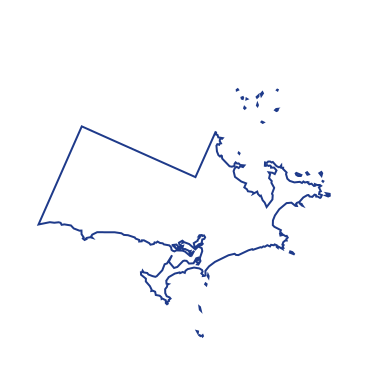 Lower Eyre Peninsula, South Australia, Australia (Mercator projection), rotated 294°
{"feature_id": "25037944B64122646541538", "entity_name": "Lower Eyre Peninsula", "entity_type": "district", "adm_level": 2, "iso_a3": "AUS", "parent_name": "Australia", "parent_adm1": "South Australia", "projection": "mercator", "projection_center": [135.614, -34.488], "detail": "fine", "context": "isolated", "style": "outline", "palette": "blue", "viewbox_px": 384, "rotation_deg": 294, "n_neighbors": 0, "source": "geoboundaries", "source_scale": "gbopen_adm2", "svg_char_len": 6124}
<svg xmlns="http://www.w3.org/2000/svg" viewBox="0 0 384 384"><g transform="rotate(294 192 192)"><path d="M99.9,65.0L106.6,74.4L107.9,78.7L110.1,82.5L110.4,84.5L109.0,86.2L110.5,88.6L112.2,95.0L110.6,98.8L110.9,104.9L111.8,106.7L108.5,108.3L106.5,111.5L105.1,111.2L104.5,113.4L105.9,114.6L106.2,114.0L107.3,114.6L109.3,117.4L109.6,119.7L110.4,117.9L112.5,118.2L116.7,121.7L123.8,137.9L125.6,144.4L125.1,147.2L126.5,151.1L127.2,158.2L126.5,159.4L126.7,163.3L125.3,163.9L126.5,166.1L127.5,165.9L128.3,167.7L127.9,173.8L127.0,175.5L129.0,178.3L130.7,178.3L131.1,179.9L132.7,180.7L132.4,183.5L133.2,186.1L132.7,187.6L134.0,193.0L133.0,195.4L130.9,196.8L130.5,198.1L130.6,200.1L132.3,201.4L134.6,207.3L134.7,209.9L132.8,216.4L133.6,217.5L139.1,217.9L135.5,216.4L135.6,215.5L134.2,216.0L134.9,214.9L137.5,214.7L136.5,213.5L137.0,213.2L137.1,208.8L136.1,207.1L137.3,205.9L139.1,205.7L137.8,204.3L135.7,204.8L133.2,202.3L133.8,201.5L135.1,202.1L134.0,200.0L134.8,197.9L135.1,199.4L135.1,196.6L135.8,196.0L137.7,199.2L136.7,201.1L136.9,203.4L138.8,203.5L139.2,201.6L140.4,200.7L143.6,203.0L143.4,203.9L141.7,204.0L143.0,205.4L143.3,210.6L140.9,218.4L148.8,221.4L147.0,219.5L143.1,217.7L143.5,216.3L146.0,214.4L149.8,217.0L150.9,216.7L153.3,217.5L155.3,217.4L153.6,217.2L154.5,216.9L154.1,216.2L155.5,216.4L156.7,218.5L156.0,219.3L157.2,220.6L156.0,222.4L154.2,222.3L152.8,220.7L149.9,221.4L149.0,222.9L147.3,222.3L146.9,221.0L144.7,220.9L144.6,223.8L142.2,225.4L134.7,226.1L132.1,227.8L128.3,227.3L128.0,226.2L130.5,227.0L129.6,225.9L130.0,224.3L133.0,224.6L132.5,225.4L133.4,226.3L134.3,224.9L135.3,225.3L133.2,222.9L127.5,222.4L125.4,218.4L126.9,215.1L126.2,212.9L125.3,211.9L117.6,209.1L115.3,206.5L118.9,199.2L126.1,199.5L116.5,198.2L114.9,196.4L108.4,196.7L100.7,194.0L99.6,193.0L99.1,190.1L98.9,185.7L99.8,184.1L98.9,180.6L100.0,178.9L98.5,179.1L97.9,178.0L95.7,179.1L94.1,185.1L91.5,186.2L88.9,191.8L86.4,194.8L85.0,195.1L85.9,196.5L85.9,198.9L83.2,200.8L84.1,204.7L83.4,206.8L82.0,207.7L82.6,208.1L82.4,212.1L79.8,213.3L79.3,214.8L80.2,215.3L81.6,214.1L83.1,215.3L83.9,214.7L85.9,215.7L86.6,214.3L86.5,211.3L88.7,208.7L92.3,207.0L95.2,207.7L97.2,207.2L98.3,208.0L97.9,206.0L100.5,204.6L104.8,205.4L110.5,209.5L113.5,213.4L113.0,214.1L115.2,216.1L115.2,218.3L117.4,218.1L119.8,219.4L123.8,224.6L125.2,229.9L124.8,232.9L123.5,234.1L121.4,233.7L120.6,236.1L119.7,236.2L120.5,237.6L121.4,238.3L125.4,236.3L131.0,237.8L137.5,241.4L149.1,251.1L152.9,256.1L152.4,257.7L153.2,260.0L161.8,267.4L164.3,270.3L164.0,271.2L169.4,277.0L169.6,278.2L171.3,279.3L171.6,280.8L174.0,282.4L174.0,285.4L175.9,285.7L176.6,288.4L177.7,288.8L177.8,291.0L176.3,291.7L175.9,293.1L177.3,292.6L176.8,297.8L177.4,297.2L178.1,298.2L178.8,297.1L180.7,297.3L180.7,296.0L183.3,295.8L185.5,296.8L186.2,298.2L187.2,297.3L189.3,298.0L190.4,296.4L189.7,295.7L190.0,292.8L188.2,290.5L189.7,289.4L190.7,290.6L191.4,288.8L193.3,288.7L193.7,281.4L194.6,279.3L199.0,277.5L204.3,277.3L211.7,278.7L220.3,282.9L222.7,287.2L221.4,292.1L221.9,293.5L223.5,291.9L224.7,292.2L226.6,294.1L232.3,295.9L236.0,298.6L236.6,299.7L235.7,301.2L236.5,303.9L239.4,305.0L239.7,306.3L238.3,307.4L239.0,308.5L238.7,311.4L239.4,311.9L242.0,311.9L241.8,308.9L244.0,308.4L245.1,309.4L247.9,306.0L250.1,307.4L250.4,306.0L249.3,303.5L249.2,301.2L247.9,302.0L247.1,301.0L248.2,297.8L246.8,296.0L247.4,294.4L248.2,294.4L248.1,293.4L246.6,291.2L246.9,289.5L245.0,288.8L245.1,286.3L242.4,281.6L241.9,276.7L242.9,273.7L246.6,270.6L248.3,270.5L250.1,265.8L251.2,265.4L250.4,263.8L252.6,262.7L250.5,262.2L249.9,261.1L250.1,258.5L252.3,253.6L251.4,252.8L251.6,250.9L250.8,249.2L249.1,248.6L248.7,246.7L245.6,247.9L245.9,248.9L247.2,249.4L246.9,251.2L247.9,252.5L247.5,253.8L246.4,254.3L247.7,257.0L246.1,260.4L242.1,260.3L242.3,257.7L241.2,254.1L239.9,256.1L236.0,256.8L234.4,260.4L232.7,260.8L229.2,265.4L222.9,265.8L222.0,267.0L217.9,268.5L208.6,266.3L211.9,262.7L213.2,259.9L216.7,256.4L215.9,255.8L217.0,253.1L218.9,251.4L215.5,248.8L216.3,248.9L216.5,246.6L215.4,242.8L216.8,241.1L217.5,237.9L221.9,237.9L221.6,232.8L223.3,225.1L228.0,221.5L231.2,221.4L233.2,222.6L232.9,224.9L235.2,225.7L235.5,228.4L237.6,229.0L236.3,225.1L237.1,223.0L236.3,221.6L236.8,219.8L235.1,219.4L233.1,220.2L231.3,218.1L230.8,215.8L234.8,206.0L237.1,204.6L237.2,203.8L235.8,203.2L236.4,201.2L239.2,198.3L244.2,195.5L246.0,195.7L246.2,197.6L247.3,197.5L248.2,198.7L249.8,196.6L251.1,196.2L252.6,196.4L252.8,197.8L253.7,198.1L252.6,193.8L254.5,192.1L254.3,190.7L256.2,189.8L256.2,189.1L207.0,189.1L207.1,64.6L99.9,65.0ZM249.8,282.4L250.9,284.9L252.0,285.0L251.9,279.6L251.1,279.2L250.0,280.4L249.8,282.4ZM243.2,315.6L243.3,318.2L244.6,319.4L246.3,318.5L245.5,315.3L244.6,317.2L243.2,315.6ZM259.4,303.7L262.1,303.3L262.9,302.0L261.0,300.7L259.4,303.7ZM176.4,306.0L176.6,311.1L177.9,308.2L177.7,305.9L176.4,306.0ZM308.1,216.2L311.0,216.7L311.8,215.7L309.6,215.0L308.1,216.2ZM256.0,288.5L254.7,290.4L255.7,291.6L256.9,289.1L256.0,288.5ZM302.8,236.4L302.1,235.2L300.6,234.6L300.3,236.2L301.0,236.9L301.7,237.0L301.6,235.9L302.8,236.4ZM87.2,248.3L90.1,246.1L90.3,245.4L87.7,247.0L87.2,248.3ZM297.6,200.5L298.9,200.4L299.4,199.8L298.4,198.8L297.5,199.5L297.6,200.5ZM304.6,213.1L306.3,213.8L307.4,213.4L305.1,212.4L304.6,213.1ZM112.6,243.0L113.8,242.8L114.1,241.6L113.1,241.5L112.6,243.0ZM284.7,229.1L284.8,227.2L284.2,227.0L283.9,228.5L284.7,229.1ZM289.5,206.3L290.5,206.7L291.0,205.4L289.8,205.5L289.5,206.3ZM67.1,254.2L66.9,253.0L65.7,254.6L67.1,254.2ZM225.6,296.8L224.4,297.8L224.4,298.8L225.6,296.8ZM64.3,256.3L63.8,258.3L64.3,258.7L64.3,256.3ZM297.1,216.9L298.2,216.9L299.2,215.9L297.5,216.1L297.1,216.9ZM120.6,241.8L121.9,241.4L122.8,240.4L121.4,240.7L120.6,241.8ZM303.0,191.6L304.1,192.6L304.5,191.9L303.5,191.3L303.0,191.6ZM255.3,306.0L254.7,307.5L255.2,307.6L255.3,306.0ZM64.2,260.4L64.9,260.6L65.5,260.0L64.6,259.6L64.2,260.4ZM224.9,296.4L225.6,296.6L225.6,295.1L225.3,295.2L224.9,296.4ZM247.0,218.7L246.5,218.7L246.1,219.7L246.7,219.7L247.0,218.7ZM298.8,204.0L299.4,204.6L299.5,203.8L298.8,204.0ZM319.5,228.8L320.2,228.8L320.2,228.3L319.6,228.1L319.5,228.8Z" fill="none" stroke="#1e3a8a" stroke-width="2"/></g></svg>